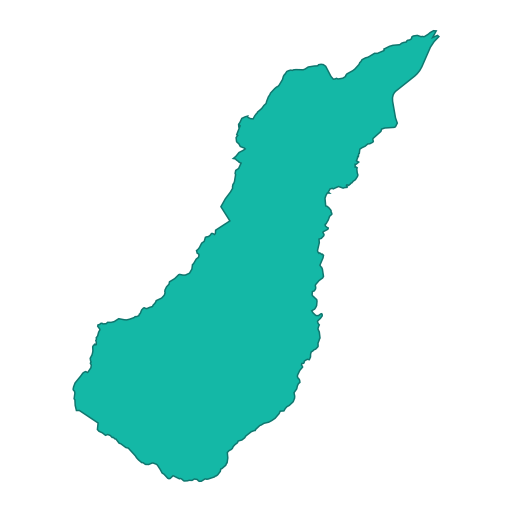 La Magdalena Contreras, Distrito Federal, Mexico (Robinson projection)
{"feature_id": "50627088B92108463295960", "entity_name": "La Magdalena Contreras", "entity_type": "district", "adm_level": 2, "iso_a3": "MEX", "parent_name": "Mexico", "parent_adm1": "Distrito Federal", "projection": "robinson", "projection_center": [-99.262, 19.275], "detail": "fine", "context": "isolated", "style": "filled", "palette": "teal", "viewbox_px": 512, "rotation_deg": 0, "n_neighbors": 0, "source": "geoboundaries", "source_scale": "gbopen_adm2", "svg_char_len": 5998}
<svg xmlns="http://www.w3.org/2000/svg" viewBox="0 0 512 512"><path d="M97.4,429.5L99.0,431.3L102.3,432.8L105.5,435.3L107.7,434.5L110.3,435.5L112.2,437.5L113.3,437.4L114.9,438.9L116.0,439.1L119.1,443.2L120.9,443.8L125.8,447.5L128.3,448.1L135.4,455.9L136.5,457.7L138.5,459.9L141.7,462.6L143.1,462.7L145.4,464.4L148.6,464.5L152.0,463.1L153.1,463.0L156.5,464.3L157.4,465.1L160.3,469.6L162.1,473.0L164.0,474.2L167.7,478.2L168.9,478.7L170.1,478.5L173.1,475.7L179.4,478.8L180.5,478.5L181.5,478.9L183.7,480.8L184.4,481.0L187.5,480.8L189.2,480.3L192.0,480.4L194.4,479.0L197.3,479.5L198.3,480.7L199.2,481.3L201.4,481.2L204.7,479.1L205.6,478.9L206.5,479.2L207.9,479.1L214.5,476.9L215.3,476.1L216.3,475.9L217.7,474.8L220.3,471.4L220.7,469.1L221.9,468.6L225.8,465.2L226.6,463.1L227.1,462.9L227.8,457.9L227.3,452.5L229.2,450.5L230.9,449.7L232.3,448.5L233.2,446.6L234.8,444.8L237.4,442.8L238.2,441.0L241.9,440.0L244.7,437.8L245.8,436.0L251.3,431.7L254.2,430.6L255.2,430.5L255.7,429.4L259.8,425.5L261.2,425.0L264.0,423.3L268.7,422.2L271.7,420.6L275.1,418.3L279.1,413.6L280.2,411.2L283.9,410.9L285.3,408.5L286.9,406.7L289.3,405.4L293.2,401.7L294.6,398.1L294.7,396.1L294.0,392.7L296.7,388.9L297.4,385.8L298.4,383.7L299.9,382.4L299.7,380.7L299.3,379.4L298.0,378.0L297.4,376.7L297.5,375.2L299.8,370.4L302.6,367.1L302.4,366.3L301.5,365.2L301.9,363.4L303.6,363.3L304.1,362.6L304.3,361.1L306.5,359.7L307.4,359.3L309.3,359.7L310.5,357.0L310.6,354.0L311.2,352.0L312.9,350.9L313.8,349.9L315.7,349.1L317.8,346.9L318.1,346.2L318.0,343.2L319.4,339.5L319.4,339.1L320.0,338.0L319.3,332.0L317.9,328.9L318.6,326.4L319.3,324.9L318.0,323.3L317.5,321.4L317.8,320.8L320.4,318.4L322.2,315.9L322.2,314.7L321.7,313.7L320.8,313.9L318.4,315.6L316.4,315.6L315.6,315.3L313.0,312.8L311.7,310.8L314.6,309.1L315.7,307.5L316.6,305.6L317.0,301.2L316.7,299.6L312.4,295.6L312.1,294.6L312.4,291.6L314.4,290.8L315.6,288.8L315.7,287.1L315.3,285.9L315.6,284.6L319.1,280.5L322.6,278.0L323.5,276.4L322.4,269.2L321.6,267.3L320.9,266.8L319.9,265.2L323.0,257.9L323.5,255.3L322.4,254.2L321.9,254.5L320.4,253.3L319.4,252.9L319.0,253.3L317.8,251.8L317.5,250.5L319.3,242.7L319.0,239.1L321.3,238.4L323.8,235.7L324.0,234.4L322.9,232.5L323.3,231.7L327.6,229.4L328.2,228.7L328.1,227.8L327.1,227.5L325.4,226.0L325.1,224.6L325.4,224.1L326.0,223.9L328.3,219.9L329.6,216.3L331.8,214.3L331.8,213.2L331.2,212.3L331.0,210.4L328.8,207.7L326.9,206.2L325.9,206.1L325.7,205.8L325.0,198.3L326.0,195.3L327.3,193.0L329.5,193.1L328.3,192.1L330.0,189.0L332.2,188.3L333.2,188.9L338.5,186.5L343.1,188.1L344.7,187.6L347.0,187.4L347.3,186.8L346.5,185.8L346.6,185.0L347.5,184.9L348.6,185.4L350.4,184.0L350.8,183.3L351.8,182.9L353.2,181.2L355.4,179.7L357.5,176.4L357.9,175.0L357.2,172.7L356.8,168.9L357.2,167.8L356.1,167.0L355.2,167.1L355.1,164.4L355.5,164.5L356.5,164.0L358.7,162.1L356.4,160.8L357.4,158.4L357.7,156.5L358.4,156.6L358.7,153.7L359.3,153.4L359.8,149.2L362.0,147.7L365.2,146.2L367.7,144.0L369.9,143.7L372.8,142.2L373.3,141.4L372.8,139.3L373.2,138.3L380.9,131.4L381.6,129.1L384.8,128.0L394.0,127.4L395.0,127.1L395.6,126.5L397.3,123.1L395.5,117.9L392.6,101.2L392.5,97.7L393.2,94.8L394.3,92.8L395.6,91.3L414.8,76.0L417.1,73.8L419.7,70.6L421.8,66.9L430.4,47.2L434.1,41.6L438.9,36.6L437.5,35.4L432.6,37.5L436.2,30.9L433.5,30.7L430.1,32.6L428.4,34.1L424.6,36.5L423.8,36.7L422.2,36.4L421.1,36.7L417.3,35.4L413.2,36.0L411.8,37.0L411.5,38.6L411.0,39.1L409.6,40.0L407.8,40.2L407.0,40.7L406.1,42.1L403.9,42.4L401.6,43.2L399.8,44.7L392.9,45.3L389.5,46.3L383.9,49.1L384.2,50.1L383.9,50.6L377.4,53.4L374.6,53.3L368.0,57.2L365.4,57.9L362.0,59.7L360.9,61.6L359.8,62.6L359.0,64.5L354.8,69.1L352.9,70.6L346.9,73.9L345.7,75.5L345.5,76.5L342.8,78.2L338.0,79.0L336.5,78.3L335.1,78.9L333.4,79.2L331.0,76.5L325.7,66.3L323.3,64.6L321.1,64.3L318.6,64.7L317.8,65.7L317.0,65.9L314.3,66.0L308.2,67.0L305.0,69.1L303.1,69.8L295.9,69.6L293.3,69.9L292.5,70.4L290.5,70.1L288.3,70.8L286.8,71.5L284.8,74.5L284.5,74.5L283.4,76.3L282.5,79.5L279.1,85.2L277.7,86.6L276.6,87.0L274.7,88.6L270.5,93.1L269.9,94.6L268.4,96.8L266.6,101.4L266.1,103.5L264.0,105.4L261.7,108.5L257.5,112.1L257.1,113.1L256.1,114.0L254.6,116.1L253.1,118.9L250.4,118.6L248.1,117.5L247.5,116.7L247.7,116.1L245.2,116.8L241.8,118.4L239.9,122.5L238.6,124.3L238.7,125.7L239.2,124.8L240.1,125.8L236.7,134.7L237.7,135.4L236.1,137.6L236.5,141.3L236.8,142.0L238.9,143.9L240.3,146.5L244.4,148.1L245.2,148.9L243.3,150.3L239.0,152.5L235.9,156.3L233.3,158.5L235.6,159.0L236.3,159.9L238.8,161.7L239.1,162.3L241.1,163.1L238.6,168.5L235.7,170.4L235.1,173.4L235.6,174.6L234.5,181.4L233.7,183.6L233.0,184.2L232.5,186.7L232.6,188.3L230.4,192.1L225.4,198.7L220.9,206.7L229.9,220.9L215.6,230.2L215.4,233.4L214.5,234.5L213.1,233.7L212.0,233.4L211.4,233.6L210.1,235.4L208.3,236.6L206.4,236.9L205.4,237.3L204.2,241.4L201.7,243.1L199.4,247.6L198.0,249.4L196.5,250.6L197.2,253.2L198.6,254.0L199.0,255.0L198.5,257.3L196.2,259.1L193.4,263.9L192.5,264.5L191.9,269.1L189.5,273.2L185.3,275.1L183.0,275.1L179.7,274.4L178.7,274.7L174.7,278.6L169.5,281.8L169.0,284.2L166.5,286.9L165.0,290.0L164.8,291.7L165.1,292.7L164.3,295.2L161.6,298.1L156.2,300.6L155.7,302.0L154.7,303.5L153.2,305.0L152.5,306.5L149.5,307.4L146.9,308.6L145.5,308.4L144.4,307.8L143.5,308.0L141.6,310.0L140.2,313.6L139.4,314.1L138.8,315.7L136.7,316.6L135.2,316.6L134.0,317.6L129.6,319.2L126.6,319.9L124.6,319.8L118.7,318.7L114.2,321.6L111.1,322.4L107.7,322.3L106.1,323.7L103.0,323.9L102.1,323.3L101.1,323.3L100.4,323.6L99.9,324.4L98.0,324.9L97.7,326.3L99.8,329.1L99.9,329.9L98.6,332.2L97.6,336.0L96.2,337.8L96.5,339.1L95.8,340.6L96.3,341.9L96.3,344.6L95.5,344.8L95.0,344.2L94.6,344.2L94.1,345.2L93.5,345.3L92.7,346.8L92.9,351.0L92.5,353.1L92.0,354.9L90.2,358.3L90.6,360.9L91.1,362.0L90.6,362.6L90.4,363.5L91.3,364.9L90.9,367.8L87.9,372.2L87.3,372.5L85.8,371.6L85.4,371.6L83.3,372.7L82.4,373.7L81.0,375.7L75.1,382.9L73.6,386.8L73.1,389.2L73.5,390.3L74.5,391.2L74.9,393.0L74.1,398.8L74.9,399.7L75.2,405.4L76.4,410.5L79.4,410.5L98.1,423.0L97.4,429.5Z" fill="#14b8a6" stroke="#0f766e" stroke-width="1.5"/></svg>